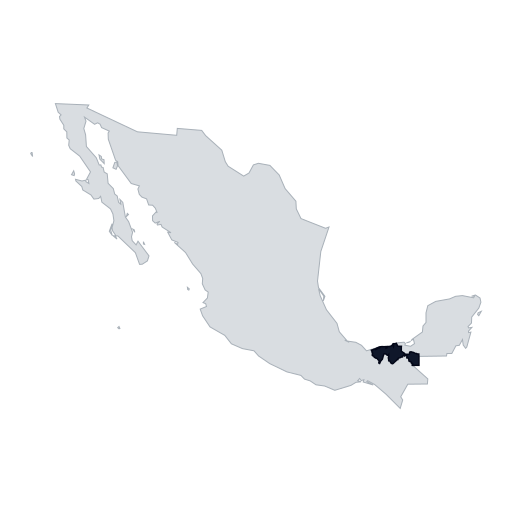 where Tabasco sits in Mexico
{"feature_id": "MEX-2725", "entity_name": "Tabasco", "entity_type": "State", "adm_level": 1, "iso_a3": "MEX", "parent_name": "Mexico", "parent_adm1": "", "projection": "albers", "projection_center": [-92.753, 17.95], "detail": "fine", "context": "in_parent", "style": "filled", "palette": "ink", "viewbox_px": 512, "rotation_deg": 0, "n_neighbors": 0, "source": "natural_earth", "source_scale": "10m", "svg_char_len": 8784}
<svg xmlns="http://www.w3.org/2000/svg" viewBox="0 0 512 512"><path d="M55.4,103.6L88.8,105.0L86.9,108.0L137.4,131.8L176.7,135.3L177.3,128.4L201.7,130.4L205.6,135.6L221.8,150.2L225.3,161.7L228.1,166.2L243.7,176.1L249.0,173.0L253.4,164.9L258.4,163.3L269.9,165.4L279.2,175.0L285.1,188.6L295.9,201.2L296.3,208.9L301.0,218.6L325.6,228.3L329.0,227.0L320.8,251.5L317.5,281.1L318.5,287.6L324.9,296.3L323.3,300.9L323.8,296.2L318.6,288.8L320.1,295.5L326.4,309.7L337.0,323.4L339.3,331.8L346.8,340.5L344.7,340.2L349.1,342.3L347.7,341.1L355.8,342.3L361.5,345.3L366.5,350.8L380.2,346.8L390.3,346.2L397.0,342.9L404.0,342.2L405.4,343.5L404.9,345.2L410.6,346.3L414.5,343.6L413.4,339.2L411.5,340.3L412.0,339.4L422.4,332.0L423.0,326.0L426.0,322.5L426.0,312.9L427.8,305.7L435.7,301.4L449.6,298.9L455.6,296.3L462.4,295.6L473.6,297.8L474.5,296.2L471.6,296.2L475.4,295.0L480.0,298.0L480.9,302.2L478.8,308.1L471.7,317.1L471.5,323.0L468.0,326.6L468.6,327.9L471.9,327.4L468.5,331.1L468.6,332.6L470.9,332.1L466.8,347.0L465.6,348.3L463.2,345.0L462.5,339.5L459.3,345.3L455.9,345.8L451.8,353.5L446.9,353.5L446.5,356.0L418.9,356.4L418.9,365.3L412.6,365.3L427.8,378.9L427.4,384.0L407.8,384.2L400.7,396.8L402.7,400.0L400.2,408.4L385.9,394.1L374.5,384.4L367.6,380.7L366.8,381.6L373.2,385.0L363.2,382.0L363.9,379.7L361.2,380.6L359.6,378.5L357.7,380.7L361.1,381.8L356.0,382.3L350.9,385.4L334.8,390.3L324.6,386.0L316.0,384.8L310.2,380.9L304.5,379.1L300.9,375.4L286.9,371.9L269.7,363.6L258.6,356.0L254.0,350.8L242.4,348.6L231.4,343.8L224.8,335.4L210.0,326.9L202.6,315.8L200.2,309.1L206.5,306.5L205.7,303.7L203.0,302.6L207.4,298.0L208.2,292.1L205.1,289.9L202.3,283.8L202.7,278.5L200.9,273.6L192.6,264.0L185.6,252.6L174.3,242.4L177.6,244.4L178.0,242.4L171.8,239.9L167.7,232.2L171.0,232.7L162.1,227.0L161.0,224.4L157.4,225.0L157.0,223.9L159.8,221.3L155.2,223.1L152.6,220.7L152.5,215.9L156.1,211.9L157.2,212.8L155.3,208.2L152.6,205.2L148.7,205.0L146.6,198.9L141.9,197.1L139.3,194.4L137.9,189.0L139.4,185.9L131.2,183.5L118.1,165.7L117.7,161.7L115.6,160.3L108.3,139.2L108.1,133.0L109.3,131.1L101.6,127.6L100.1,124.2L97.6,122.8L94.6,124.3L84.5,117.1L86.0,121.2L83.8,128.5L85.6,134.8L86.4,146.5L96.3,157.8L99.2,165.0L100.9,164.9L101.5,167.1L103.1,167.5L104.2,172.1L107.2,173.8L108.1,183.3L113.3,188.6L114.7,194.0L117.2,196.0L118.6,202.4L120.8,204.2L119.9,199.4L122.8,202.4L125.4,217.1L128.6,221.6L132.6,232.4L131.5,236.7L132.2,240.7L136.1,244.9L138.0,241.2L149.0,255.9L147.4,260.9L142.3,264.2L139.6,264.4L135.4,252.7L117.8,235.9L116.0,235.9L112.6,230.8L112.1,227.6L113.9,220.7L112.9,213.9L110.5,208.9L101.9,202.2L100.6,196.3L98.7,198.5L93.9,199.1L90.9,194.9L82.8,190.0L81.8,186.5L75.9,181.0L75.5,179.3L82.0,181.0L86.0,180.1L85.8,181.6L88.9,183.5L88.1,179.6L86.6,179.2L90.5,171.9L79.7,156.1L70.2,148.7L68.7,145.3L69.2,140.0L66.9,138.0L66.8,131.9L63.8,128.9L63.8,125.3L59.9,119.2L59.5,116.5L61.1,114.9L58.2,112.3L55.4,103.6ZM117.5,165.8L116.1,169.3L112.9,167.8L114.8,162.4L116.8,162.1L117.5,165.8ZM104.2,163.6L99.9,159.2L99.0,154.9L101.3,156.5L101.6,158.9L104.0,159.7L104.2,163.6ZM478.8,315.7L477.6,314.5L478.1,312.8L481.3,311.3L478.8,315.7ZM112.3,235.5L109.3,231.3L112.1,223.7L110.8,230.6L112.3,235.5ZM74.1,175.6L71.5,174.7L73.7,170.8L74.6,174.0L74.1,175.6ZM32.6,156.5L30.7,153.6L31.3,152.5L32.1,152.6L32.6,156.5ZM115.2,235.9L117.0,239.1L113.0,235.7L115.2,235.9ZM189.3,288.9L188.8,290.1L187.7,289.5L187.4,287.3L189.3,288.9ZM134.2,229.8L134.8,232.3L132.8,229.1L134.2,229.8ZM127.3,213.4L128.5,214.5L126.4,216.5L127.3,213.4ZM119.9,328.5L119.0,328.8L117.7,327.7L119.0,326.5L119.9,328.5ZM408.8,342.3L406.3,342.9L410.5,341.5L408.8,342.3ZM144.6,244.4L143.4,244.0L143.4,241.7L144.6,244.4Z" fill="#d9dde1" stroke="#a8b0b8" stroke-width="1"/><path d="M418.9,356.6L418.9,361.0L418.9,365.3L412.3,365.4L412.2,365.3L412.2,365.1L412.2,364.8L412.2,364.6L412.3,364.4L412.5,364.4L412.9,364.3L412.9,364.1L412.5,363.5L412.4,363.3L412.3,363.2L411.9,363.2L411.5,363.2L411.3,363.0L411.3,362.9L411.3,362.4L411.3,362.2L411.2,362.1L411.0,361.9L410.7,361.8L410.3,361.7L410.1,361.6L409.9,361.5L409.6,361.4L409.3,361.3L409.0,361.1L408.9,360.8L408.9,360.7L408.9,360.4L408.9,360.2L408.8,359.7L408.7,359.1L408.5,358.6L408.2,358.1L407.9,358.0L407.6,358.0L407.3,358.0L406.9,358.0L406.8,357.9L406.8,357.6L406.9,357.3L407.0,357.1L407.0,356.7L406.9,356.6L406.9,356.4L406.9,356.1L406.7,355.6L406.4,355.4L406.0,355.3L405.7,355.6L405.3,355.4L405.1,355.3L404.9,355.4L404.7,355.4L404.7,355.6L404.5,355.9L404.3,355.7L404.3,355.1L404.1,355.0L403.7,355.1L403.2,355.4L402.8,355.8L402.5,356.2L402.7,356.7L402.4,357.0L401.9,357.0L401.4,357.0L401.1,357.2L400.7,357.4L400.4,357.6L400.0,357.7L399.5,357.8L399.0,358.0L398.5,358.2L398.1,358.4L398.0,358.9L398.0,359.3L397.9,359.6L397.3,359.7L397.0,359.8L396.7,360.1L396.4,360.3L396.2,360.6L395.9,360.9L395.5,361.2L395.2,361.5L394.9,361.8L394.7,361.9L394.6,362.0L394.4,362.2L394.3,362.3L394.1,362.5L393.8,362.8L393.6,363.0L393.4,363.2L393.3,363.3L393.2,363.3L392.7,363.7L392.2,363.7L391.7,363.5L391.3,363.3L391.1,363.1L390.9,362.9L390.7,362.6L390.6,362.4L390.3,361.9L390.1,361.4L389.9,361.1L389.4,361.0L389.0,361.0L388.8,360.9L388.7,360.6L388.7,360.2L388.7,359.5L388.5,358.9L388.4,358.2L388.4,357.6L388.4,357.3L388.5,357.1L388.6,356.9L388.7,356.6L388.7,356.3L388.7,356.1L388.7,355.8L388.6,355.5L388.6,355.4L388.6,355.0L388.6,354.9L388.6,354.7L388.4,355.0L388.1,354.9L387.7,355.3L387.2,355.2L386.7,354.8L386.4,354.4L386.0,354.2L385.7,354.0L385.6,353.9L385.0,353.8L384.7,353.7L384.3,353.8L384.1,354.0L383.8,354.2L383.8,354.5L383.4,355.4L383.1,356.4L382.9,357.3L382.6,358.3L382.5,358.5L382.5,358.8L382.4,359.1L382.3,359.3L382.1,359.5L381.8,359.6L381.6,359.8L381.5,360.0L381.4,360.1L381.4,360.4L381.2,360.5L380.9,360.7L380.8,360.8L380.7,361.0L380.6,361.3L380.4,361.7L380.2,362.1L380.0,362.6L379.8,363.0L379.6,363.5L379.3,363.4L379.1,363.3L378.9,363.1L378.8,362.8L378.8,362.6L378.9,362.3L379.0,362.1L379.0,361.8L379.0,361.6L379.2,361.1L379.2,360.8L379.1,360.5L378.7,360.3L378.5,360.1L378.1,359.8L377.8,359.4L377.7,359.1L377.4,358.8L377.1,358.5L376.6,358.3L376.2,358.2L375.9,358.2L375.7,358.0L375.6,357.7L375.3,357.6L375.0,357.6L374.4,357.4L374.2,357.0L374.2,356.6L373.9,356.2L373.7,356.1L373.3,356.1L373.1,356.0L373.1,355.9L373.0,355.7L372.9,355.7L372.7,355.6L372.3,355.4L372.3,355.0L372.3,354.6L372.3,354.3L372.4,354.1L372.6,353.9L372.7,353.6L372.6,353.4L372.4,353.3L372.4,353.1L372.4,352.8L372.3,352.7L372.2,352.6L372.1,352.4L372.3,352.2L372.2,352.0L372.1,351.9L372.0,351.6L372.0,351.4L372.1,351.2L371.9,351.0L371.7,351.0L371.6,350.9L371.5,350.7L371.5,350.4L371.4,350.2L371.8,350.0L372.2,349.9L373.4,349.6L373.6,349.4L373.9,349.2L375.6,348.7L375.5,348.9L375.3,349.0L375.2,349.2L375.2,349.4L375.3,349.5L376.5,349.3L376.8,349.2L377.0,349.1L377.1,348.9L377.1,348.7L377.1,348.4L377.3,348.2L377.6,348.2L377.9,348.2L378.1,348.1L378.3,347.9L378.3,348.2L378.7,348.3L379.6,348.1L379.8,347.9L380.0,347.4L379.9,347.0L379.7,347.0L379.3,347.2L379.2,347.2L379.0,347.4L378.0,347.7L377.9,347.8L377.7,348.0L377.0,348.2L376.5,348.5L376.3,348.6L376.1,348.6L375.9,348.7L375.8,348.8L375.9,348.5L376.2,348.4L376.5,348.3L376.6,348.1L376.8,348.0L379.6,346.9L380.2,346.8L381.9,346.6L384.0,346.7L386.2,346.6L386.1,346.9L385.9,347.0L385.9,347.3L385.9,347.6L386.0,347.8L386.1,347.7L386.4,347.7L386.6,347.5L386.7,347.4L386.7,347.7L386.5,348.0L386.8,347.9L386.8,347.7L387.1,347.6L387.2,347.4L387.1,347.1L386.8,347.0L386.5,346.9L386.7,346.7L387.0,346.6L389.5,346.5L390.7,346.2L391.5,345.8L392.2,345.1L392.5,344.7L392.7,344.3L392.8,344.2L393.0,344.2L393.0,344.3L393.2,344.8L393.3,346.4L393.5,346.8L393.6,346.4L393.5,346.1L393.5,345.8L393.6,345.1L393.5,344.8L393.2,344.1L393.1,343.8L393.3,343.7L393.7,343.7L394.4,343.7L394.7,343.7L396.3,343.3L396.4,343.6L396.6,343.9L396.8,344.2L397.0,344.5L397.1,344.8L397.2,345.2L397.3,345.6L397.6,345.9L397.7,346.0L397.8,346.1L398.1,346.3L398.3,346.3L398.6,346.2L399.2,346.3L399.9,346.3L400.7,346.3L401.4,346.3L401.3,347.0L401.3,347.7L401.3,348.4L401.3,349.2L401.3,349.6L401.2,350.3L401.3,350.9L401.5,351.3L401.9,351.5L402.2,351.8L402.5,352.1L402.9,352.3L403.1,352.5L403.3,352.6L403.5,352.7L403.7,352.8L404.0,352.9L404.1,353.2L404.1,353.4L404.4,353.6L404.8,353.8L405.3,354.1L405.8,354.3L406.2,354.3L407.0,354.3L407.7,354.3L408.4,354.3L409.2,354.3L409.3,354.2L409.4,353.8L409.6,353.4L409.7,353.1L409.6,352.8L409.6,352.7L409.6,352.4L409.7,352.2L409.8,352.1L410.1,351.9L410.5,351.9L411.0,351.9L411.3,351.9L411.5,351.9L411.7,352.0L411.8,352.0L412.0,352.1L412.3,352.2L412.6,352.3L412.8,352.3L413.1,352.4L413.4,352.4L413.7,352.5L413.9,352.6L414.2,352.8L414.4,353.0L414.7,353.2L415.0,353.3L415.3,353.4L415.6,353.4L415.9,353.4L416.2,353.4L416.4,353.5L416.6,353.6L416.7,353.8L416.8,353.9L417.1,353.9L417.5,353.9L417.9,354.0L418.8,354.0L418.8,354.3L418.8,355.1L418.9,355.8L418.9,356.6Z" fill="#0f172a" stroke="#020617" stroke-width="1.5"/></svg>